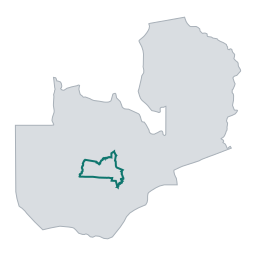 Mumbwa, Central, Zambia shown in context
{"feature_id": "96606910B37920738728221", "entity_name": "Mumbwa", "entity_type": "district", "adm_level": 2, "iso_a3": "ZMB", "parent_name": "Zambia", "parent_adm1": "Central", "projection": "natural_earth1", "projection_center": [26.865, -14.958], "detail": "fine", "context": "in_parent", "style": "outline", "palette": "teal", "viewbox_px": 256, "rotation_deg": 0, "n_neighbors": 0, "source": "geoboundaries", "source_scale": "gbopen_adm2", "svg_char_len": 7176}
<svg xmlns="http://www.w3.org/2000/svg" viewBox="0 0 256 256"><path d="M177.2,184.8L164.4,184.8L159.7,186.0L155.9,187.8L151.3,190.6L148.7,192.5L148.0,193.6L147.6,196.0L147.6,199.7L147.1,202.3L145.7,204.8L138.8,207.7L134.3,210.1L129.9,213.0L126.5,216.7L124.2,221.2L120.4,226.9L112.4,236.9L107.8,238.8L103.9,238.4L99.3,236.3L95.6,235.9L92.8,237.2L90.3,236.8L88.0,234.7L86.0,233.9L84.4,234.5L82.4,234.4L78.7,233.2L75.5,229.6L73.8,228.1L72.5,227.6L68.7,227.0L59.9,226.2L50.8,227.9L42.8,229.8L34.6,221.8L26.7,213.3L25.1,211.2L22.1,208.3L20.0,206.9L19.1,206.2L17.0,198.7L15.8,191.8L15.4,125.3L51.3,125.3L53.6,125.0L53.7,124.3L52.0,120.7L52.1,119.5L52.5,117.1L54.1,112.3L54.2,110.7L53.4,105.4L53.5,102.5L53.9,96.6L53.6,94.6L54.5,91.9L54.7,90.2L55.1,89.4L54.7,87.4L53.9,80.3L53.5,77.4L55.7,77.8L56.4,79.3L56.8,80.9L57.8,81.0L60.3,81.9L61.2,83.2L61.8,86.0L61.5,87.5L60.6,88.6L61.5,89.7L63.2,90.3L64.2,90.1L67.1,88.2L69.7,87.5L71.1,87.0L77.0,85.7L78.2,85.1L79.0,85.1L79.6,85.6L79.1,87.6L78.9,89.4L79.7,92.7L80.2,94.3L81.4,95.4L82.3,96.0L83.3,97.2L85.4,97.0L90.0,98.7L91.3,99.5L93.3,100.3L94.6,100.6L99.3,101.2L104.3,102.1L106.8,102.2L108.6,102.0L109.9,101.5L110.7,101.0L111.1,100.5L112.9,94.1L113.9,93.6L115.1,93.3L115.8,93.9L116.6,97.9L120.2,101.5L121.4,104.6L122.3,107.2L123.1,107.9L124.4,108.8L126.6,109.1L128.6,109.2L138.2,113.6L139.3,114.4L140.4,116.8L141.1,119.5L141.9,121.6L143.1,122.0L144.2,122.1L145.3,123.6L146.2,124.9L149.0,130.1L149.4,132.2L150.8,133.6L152.7,134.2L154.4,134.2L155.4,133.6L157.9,132.5L159.8,131.3L161.2,130.9L162.0,131.1L162.7,132.0L163.1,134.6L164.4,135.5L165.4,135.1L165.8,134.1L165.8,133.6L165.9,106.3L165.0,106.5L163.9,107.2L161.4,107.3L160.4,107.9L160.1,108.8L160.2,109.9L160.3,111.5L159.9,112.2L158.8,112.5L157.2,111.9L154.3,111.1L151.8,110.6L150.1,108.6L147.7,105.5L146.1,103.9L142.4,100.7L141.8,100.1L140.6,98.5L139.6,96.0L138.7,93.0L138.2,91.1L139.1,88.2L141.3,78.8L141.8,75.8L143.7,72.8L143.8,70.2L143.1,66.7L143.3,64.8L143.5,54.0L143.0,50.6L141.8,46.8L139.1,41.5L139.1,40.4L143.3,36.9L144.5,35.7L146.7,32.9L148.2,30.5L149.1,28.6L149.5,26.1L148.8,23.8L150.2,23.3L184.6,17.2L185.1,18.8L186.1,21.5L187.3,23.5L188.8,25.2L190.0,26.3L190.9,26.6L196.2,26.5L198.1,27.5L199.7,28.9L200.1,31.0L201.2,32.2L202.4,33.3L202.9,33.4L203.8,33.1L205.2,33.1L206.5,33.6L207.1,34.0L207.2,35.8L207.6,36.5L209.4,36.8L211.2,37.0L213.0,38.1L214.9,38.4L217.1,38.8L218.1,40.1L220.4,41.4L223.3,42.6L226.4,44.5L226.5,45.1L227.0,46.2L227.6,47.0L227.6,48.2L227.9,49.3L228.7,49.6L229.4,49.7L230.0,48.9L230.8,48.9L231.8,49.4L232.1,50.7L232.8,52.4L234.0,53.6L234.7,54.7L234.4,56.8L233.9,58.7L235.5,60.5L237.6,62.3L238.1,63.1L238.3,65.7L238.6,66.6L240.0,68.8L240.6,70.2L240.6,71.1L236.8,75.4L234.5,76.1L233.5,77.0L232.9,77.9L234.3,82.2L235.1,83.8L234.5,85.9L232.9,89.4L232.3,89.7L232.1,92.3L232.6,93.3L233.3,94.0L233.6,95.8L233.5,100.3L232.5,105.3L234.2,109.7L234.8,110.2L237.1,110.2L237.5,110.6L236.9,111.8L235.3,113.8L232.3,115.3L228.0,116.9L227.1,118.5L226.5,120.9L227.0,122.2L227.6,123.0L227.4,125.0L227.0,127.2L227.1,128.8L226.9,130.3L226.3,131.1L225.6,133.3L224.6,135.5L223.9,136.6L222.8,137.6L221.1,138.5L221.2,139.0L223.1,140.0L223.6,140.8L223.7,141.2L222.9,142.4L223.8,143.1L224.9,143.7L225.9,145.2L227.0,148.0L227.2,148.3L227.6,148.3L228.2,148.0L229.4,146.8L230.3,146.4L231.3,148.1L213.4,155.0L209.2,156.5L202.9,158.9L200.9,159.8L199.2,160.8L182.6,166.2L180.0,167.3L174.1,170.1L173.9,170.5L173.9,171.8L174.5,174.4L175.5,176.8L176.3,178.2L176.9,181.7L177.2,184.8Z" fill="#d9dde1" stroke="#a8b0b8" stroke-width="1"/><path d="M115.0,160.7L115.7,156.2L115.8,156.2L116.0,156.0L116.0,155.7L116.3,155.4L115.8,154.9L115.7,154.8L115.4,154.6L115.3,154.3L115.2,153.9L115.2,153.7L114.9,153.2L114.7,153.1L114.6,152.8L114.5,152.6L114.4,152.5L114.4,152.3L114.3,152.2L114.2,151.9L114.1,151.7L114.1,151.4L111.4,153.3L111.4,157.3L111.2,157.2L110.9,157.2L110.6,157.2L110.5,157.3L110.3,157.3L110.1,157.3L109.9,157.2L109.7,157.2L109.4,157.1L109.2,157.3L108.8,157.3L108.7,157.3L108.4,157.2L108.2,157.4L108.1,157.5L107.8,157.5L107.7,157.6L107.4,157.6L107.3,157.9L107.1,158.1L106.8,158.0L106.6,158.0L106.3,158.2L106.2,158.3L106.1,158.2L106.0,157.9L105.7,157.9L105.3,157.9L105.2,157.9L104.9,158.0L104.7,158.4L104.7,158.5L104.6,158.4L104.4,158.2L104.2,158.1L103.9,158.0L103.7,158.2L103.5,158.3L103.4,158.3L103.3,158.6L103.2,158.6L102.9,158.7L102.9,158.8L102.8,159.0L102.7,159.1L102.7,159.3L102.7,159.5L102.8,159.6L102.6,159.9L102.5,160.0L102.2,160.0L101.8,160.2L101.6,160.3L101.5,160.5L101.3,160.5L101.2,160.7L101.2,160.8L101.0,161.0L100.9,161.1L100.9,161.3L100.8,161.5L100.7,161.6L100.6,161.9L100.5,162.1L100.4,162.2L100.3,162.3L100.1,162.4L100.0,162.5L100.0,162.9L100.0,163.1L100.2,163.3L100.2,163.6L99.9,163.8L99.7,163.9L99.4,163.9L99.3,164.2L99.2,164.3L99.1,164.2L98.9,164.1L98.8,163.9L98.8,163.6L98.7,163.5L98.5,163.4L98.3,163.4L98.2,163.3L98.1,163.2L97.8,163.2L97.7,163.2L97.5,162.9L97.3,162.9L97.1,162.7L96.8,162.7L96.5,162.6L96.4,162.6L96.3,162.4L96.3,162.2L96.4,161.9L96.5,161.8L96.4,161.7L87.5,160.2L85.1,159.8L84.9,160.0L84.7,160.6L84.5,160.8L84.4,160.9L84.2,160.8L84.1,161.0L83.9,161.2L83.9,161.3L83.9,161.5L83.7,161.7L83.7,161.8L83.6,162.0L83.4,162.2L83.2,162.9L83.0,163.1L82.8,163.4L82.8,163.5L83.0,163.8L83.2,164.1L83.1,164.4L83.1,164.6L83.1,165.1L83.1,165.3L83.0,165.6L82.8,165.7L82.7,165.7L82.6,165.8L82.4,166.0L82.2,166.4L82.3,166.6L82.2,166.8L82.2,167.0L81.9,167.4L81.9,167.7L81.9,167.8L81.9,168.1L82.1,168.4L82.3,168.9L82.5,169.1L82.6,169.4L82.5,169.5L82.6,169.8L82.5,170.1L82.5,170.3L82.6,170.6L82.6,171.1L82.3,171.5L82.2,171.6L82.1,171.9L81.9,172.0L81.7,172.1L81.8,172.4L81.8,173.1L81.7,173.4L81.6,173.5L81.2,173.4L80.3,173.9L80.1,174.0L79.8,174.3L79.8,174.5L79.7,174.6L79.7,174.9L79.9,175.1L80.0,175.2L80.1,175.6L80.0,176.2L79.7,176.6L79.9,176.7L83.2,176.7L85.3,176.8L88.1,176.8L92.9,176.8L99.5,177.6L100.3,177.6L107.1,177.8L108.7,177.7L110.9,178.1L112.2,178.0L111.6,180.7L115.8,180.9L117.3,186.6L117.4,186.8L117.5,186.7L117.4,186.8L117.5,186.8L117.4,186.9L117.4,187.0L117.5,187.0L117.6,186.9L117.6,187.0L117.8,187.2L117.8,186.8L117.8,185.0L117.9,184.9L118.1,184.7L118.4,184.9L118.5,184.7L118.6,184.4L118.8,184.0L119.1,184.2L119.1,184.3L119.2,184.2L119.3,184.1L119.3,183.8L119.3,183.6L119.5,183.5L119.6,183.4L119.6,183.2L119.6,182.9L119.8,182.8L119.9,183.2L119.9,183.3L120.0,183.3L120.3,183.2L120.4,183.4L120.5,183.5L120.7,183.2L120.9,183.1L120.7,183.0L120.7,182.9L120.8,182.8L121.0,182.9L121.3,182.9L121.4,182.7L121.5,182.5L121.6,182.4L121.9,182.3L121.9,182.2L121.9,181.9L121.7,181.8L121.7,181.7L121.8,181.6L122.0,181.7L122.1,181.4L122.3,181.3L122.3,181.1L122.5,181.0L121.0,179.6L120.9,179.0L121.0,178.9L121.3,178.8L121.5,179.0L122.5,178.9L122.9,178.9L123.3,178.9L123.4,178.3L123.4,178.2L123.2,177.6L122.9,177.2L122.8,176.9L122.7,176.5L122.6,176.4L122.6,176.2L122.5,175.9L122.1,174.9L121.9,174.6L121.8,174.4L121.7,174.1L121.8,173.8L121.7,173.7L121.7,173.2L121.8,173.2L121.9,172.9L121.8,172.7L121.8,172.4L121.7,172.2L121.6,171.9L121.5,171.7L121.4,171.6L121.5,171.5L121.3,171.4L122.7,170.0L122.5,169.9L122.3,169.8L120.3,169.0L120.2,169.0L120.0,168.9L119.9,168.8L116.9,167.6L116.3,167.0L115.9,165.9L115.7,161.3L115.0,160.7Z" fill="none" stroke="#0f766e" stroke-width="2"/></svg>